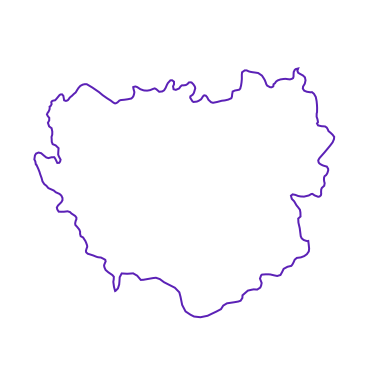 Bykhaw, Mogilev, Belarus, rotated 350°
{"feature_id": "67162791B64614066939299", "entity_name": "Bykhaw", "entity_type": "district", "adm_level": 2, "iso_a3": "BLR", "parent_name": "Belarus", "parent_adm1": "Mogilev", "projection": "orthographic", "projection_center": [30.233, 53.459], "detail": "fine", "context": "isolated", "style": "outline", "palette": "violet", "viewbox_px": 384, "rotation_deg": 350, "n_neighbors": 0, "source": "geoboundaries", "source_scale": "gbopen_adm2", "svg_char_len": 5013}
<svg xmlns="http://www.w3.org/2000/svg" viewBox="0 0 384 384"><g transform="rotate(350 192 192)"><path d="M43.0,137.8L43.5,138.1L44.6,142.3L45.3,145.7L45.6,148.2L46.3,152.1L46.6,155.6L47.9,158.6L49.7,160.6L51.2,163.2L56.1,166.5L57.8,168.6L61.2,170.9L62.7,172.8L63.4,175.4L63.0,177.6L61.6,179.3L59.2,181.0L57.7,182.0L56.2,183.8L56.3,185.8L57.3,188.2L60.0,188.8L62.4,189.2L66.1,189.4L68.4,190.6L69.5,192.2L71.0,193.6L72.8,195.3L73.7,197.1L73.4,198.8L72.5,200.1L71.5,202.5L71.4,204.2L73.0,206.7L74.5,209.5L74.9,211.7L74.5,213.8L74.7,216.2L76.9,217.9L77.6,219.7L78.4,221.5L78.9,223.4L79.4,226.3L79.3,227.8L78.3,229.5L77.3,231.6L77.3,233.0L78.6,234.7L80.6,235.7L83.8,237.4L86.0,238.8L87.6,239.7L89.0,240.2L90.9,240.7L93.2,242.4L94.8,243.7L94.9,245.4L94.2,246.4L93.0,248.3L92.6,249.3L92.7,251.1L93.4,253.8L95.7,256.6L99.2,260.0L100.3,261.9L99.7,264.6L98.9,266.8L98.7,271.9L99.1,276.2L99.5,276.1L102.3,274.1L104.2,270.5L105.0,267.5L106.0,263.4L108.6,260.0L114.1,261.3L119.9,261.9L123.5,264.9L126.3,269.7L128.9,270.0L134.4,270.0L138.8,270.0L141.6,270.2L145.2,272.2L148.8,276.0L158.5,283.3L162.1,288.6L162.5,293.4L162.7,301.5L164.9,308.5L169.2,312.6L172.4,315.0L178.6,316.8L185.9,316.6L190.1,315.4L195.2,314.0L200.2,312.4L203.0,309.3L207.1,307.7L214.5,307.9L218.6,307.9L221.0,307.5L223.2,305.1L223.8,302.5L229.9,298.8L233.9,298.6L235.9,298.6L239.3,299.4L242.6,298.0L243.8,296.2L244.8,293.7L243.9,289.1L245.6,286.1L246.6,285.5L250.6,285.9L254.6,286.7L258.3,288.3L261.3,289.5L264.7,289.1L266.9,286.4L268.9,283.6L273.1,282.2L277.0,282.0L278.4,280.7L279.8,278.9L281.4,276.5L283.8,275.1L287.8,275.3L291.4,274.6L294.3,273.2L296.7,270.8L297.5,268.2L297.8,264.3L298.0,260.4L297.1,260.4L295.7,259.8L293.6,258.6L292.0,256.7L291.4,254.5L291.8,246.4L291.5,240.6L292.0,236.6L294.6,235.0L295.2,231.0L295.2,228.2L293.8,225.4L292.6,223.3L291.0,218.9L289.1,216.1L288.8,212.8L290.7,211.8L293.3,212.8L295.9,214.4L298.4,215.3L301.5,216.0L304.9,215.8L306.4,215.7L309.2,214.7L310.3,214.8L312.1,216.6L315.4,218.6L316.8,218.6L318.3,217.7L318.9,216.3L319.1,214.5L319.7,211.9L320.6,210.5L323.3,208.8L324.2,206.3L324.0,204.8L324.1,202.7L324.6,200.6L325.4,199.4L326.9,198.7L328.1,197.5L328.8,196.5L329.9,194.3L330.1,192.8L329.2,190.4L327.3,189.5L325.9,188.8L324.4,187.8L323.1,186.7L322.2,185.7L321.8,184.5L321.8,182.8L322.6,181.7L323.6,180.6L329.5,175.9L336.1,170.3L339.1,167.5L341.0,164.6L341.6,162.4L340.4,160.0L338.7,157.7L337.0,155.7L336.6,153.9L335.9,152.0L334.5,150.6L333.1,150.2L331.0,149.7L327.7,148.3L327.0,146.2L328.2,145.1L328.2,142.2L327.8,139.5L328.4,136.4L329.0,135.1L329.8,131.0L330.2,127.9L330.5,124.2L330.4,119.9L329.1,116.4L327.5,114.5L326.0,114.4L322.5,113.2L320.1,111.7L319.1,109.4L319.7,107.4L321.9,104.9L323.2,101.7L323.1,98.7L321.5,96.5L319.2,94.7L317.3,93.1L316.8,90.9L318.0,88.8L315.4,89.0L314.4,89.6L313.0,91.5L312.5,93.6L312.0,96.1L311.3,97.4L310.0,97.9L308.0,98.1L305.9,97.5L303.8,96.8L301.9,96.6L298.6,96.5L295.7,97.0L293.9,97.9L292.6,99.3L291.0,100.1L290.5,101.9L289.8,102.4L288.3,102.7L287.0,102.3L284.5,100.3L283.9,98.8L283.6,96.8L283.1,94.4L282.1,91.8L281.1,89.5L277.8,86.3L274.5,85.2L272.3,84.5L270.4,83.8L268.9,83.1L266.9,81.7L265.0,81.4L262.1,82.8L261.4,85.3L261.1,87.1L260.7,89.4L259.8,92.7L258.7,95.9L258.0,97.3L257.5,98.5L256.4,99.4L254.8,99.5L252.0,99.5L249.5,100.1L248.5,102.8L247.9,105.0L247.0,106.5L243.7,107.3L240.2,107.5L237.2,107.3L232.5,107.7L228.2,107.8L226.4,106.9L224.2,104.0L223.4,101.3L222.3,99.5L220.8,98.9L219.4,99.7L218.2,101.1L217.0,102.3L214.3,103.4L212.5,103.8L209.1,103.6L208.2,102.8L206.6,98.9L207.0,97.5L209.6,96.3L211.0,94.8L211.9,93.1L213.2,90.4L213.1,88.7L212.1,86.3L210.6,84.1L209.5,83.7L207.9,83.6L206.3,84.9L204.5,85.6L202.2,85.5L200.6,85.2L199.1,86.0L197.3,87.8L193.8,88.6L191.7,87.6L191.7,84.6L193.0,82.8L193.4,80.2L191.8,78.5L190.1,78.3L187.1,80.6L185.8,82.3L184.1,84.9L182.2,87.0L180.2,87.8L177.1,87.6L174.7,84.6L173.3,83.5L171.6,83.7L168.5,84.4L165.7,84.4L163.2,83.9L161.8,83.4L159.0,81.8L156.3,79.2L154.7,78.3L153.3,78.3L152.3,78.5L152.3,80.4L152.6,83.6L151.9,85.6L151.0,87.3L149.9,88.5L148.5,89.4L144.8,89.5L141.5,89.4L137.7,89.1L136.3,89.4L134.4,90.7L133.2,91.2L132.3,91.4L131.6,91.4L130.7,90.8L129.6,89.8L127.9,87.9L124.7,85.0L120.8,81.1L117.8,77.5L112.1,71.9L109.1,69.3L107.1,67.6L105.0,67.2L103.0,67.3L100.5,68.1L98.3,69.8L96.8,71.4L94.7,73.8L92.7,74.9L90.4,76.5L89.2,77.1L87.8,78.0L87.0,78.9L85.7,80.0L84.7,80.3L83.6,80.4L82.0,79.5L82.0,78.8L82.0,76.8L82.0,75.0L81.0,73.3L79.4,73.1L78.3,73.6L76.8,74.9L75.4,76.1L74.2,77.1L73.1,77.9L71.0,77.9L69.9,78.2L69.0,79.1L69.0,81.1L67.8,82.7L66.6,83.2L66.6,83.7L66.1,85.8L64.7,88.0L63.8,88.7L62.6,90.4L63.2,92.3L64.3,94.2L63.8,96.7L62.1,98.9L62.7,102.6L64.8,104.8L64.9,108.3L64.3,111.3L63.2,113.4L63.0,115.5L62.6,118.3L63.1,120.7L65.8,122.4L68.2,125.7L67.5,128.4L66.7,131.9L67.1,134.0L68.2,137.3L67.4,139.1L66.3,140.2L64.4,140.0L63.3,136.0L62.4,133.8L59.6,133.4L56.5,133.7L54.5,132.7L52.4,130.3L50.2,127.6L47.7,126.5L45.1,127.1L43.7,128.7L42.4,132.5L43.0,134.6L43.0,137.8Z" fill="none" stroke="#5b21b6" stroke-width="2"/></g></svg>